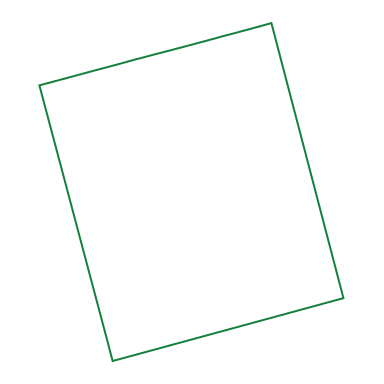 Stanton, Kansas, United States of America, rotated 75°
{"feature_id": "52423323B8394937054481", "entity_name": "Stanton", "entity_type": "district", "adm_level": 2, "iso_a3": "USA", "parent_name": "United States of America", "parent_adm1": "Kansas", "projection": "natural_earth1", "projection_center": [-101.94, 37.563], "detail": "fine", "context": "isolated", "style": "outline", "palette": "green", "viewbox_px": 384, "rotation_deg": 75, "n_neighbors": 0, "source": "geoboundaries", "source_scale": "gbopen_adm2", "svg_char_len": 385}
<svg xmlns="http://www.w3.org/2000/svg" viewBox="0 0 384 384"><g transform="rotate(75 192 192)"><path d="M333.7,73.2L49.4,71.6L49.5,81.7L49.6,111.6L49.5,121.7L49.6,129.4L49.6,136.4L49.6,161.5L49.4,195.8L49.4,207.3L49.3,211.4L49.5,231.5L49.4,256.6L49.5,280.4L49.5,280.5L49.5,297.6L49.5,311.8L317.6,312.3L334.7,312.4L333.7,73.2Z" fill="none" stroke="#15803d" stroke-width="2"/></g></svg>